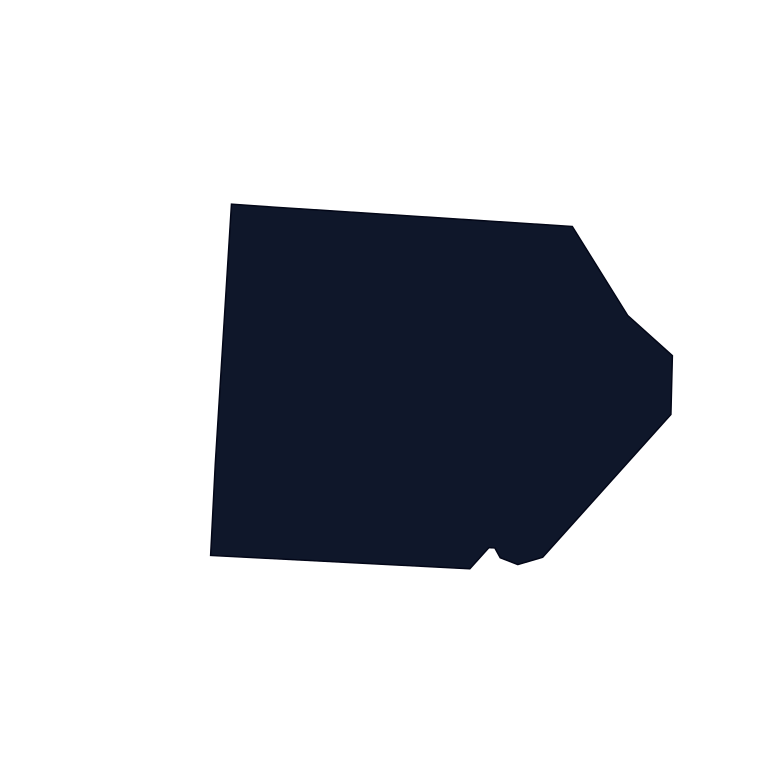 Lavaca, Texas, United States of America (Albers equal-area conic projection), rotated 133°
{"feature_id": "52423323B4330471688052", "entity_name": "Lavaca", "entity_type": "district", "adm_level": 2, "iso_a3": "USA", "parent_name": "United States of America", "parent_adm1": "Texas", "projection": "albers", "projection_center": [-96.939, 29.348], "detail": "fine", "context": "isolated", "style": "filled", "palette": "ink", "viewbox_px": 768, "rotation_deg": 133, "n_neighbors": 0, "source": "geoboundaries", "source_scale": "gbopen_adm2", "svg_char_len": 351}
<svg xmlns="http://www.w3.org/2000/svg" viewBox="0 0 768 768"><g transform="rotate(133 384 384)"><path d="M210.6,153.4L166.6,192.4L167.7,252.5L140.4,353.7L329.4,584.7L356.5,618.2L557.5,452.9L627.6,393.9L460.6,195.2L432.2,195.7L428.3,191.2L431.8,180.5L424.8,163.0L402.5,149.8L210.6,153.4Z" fill="#0f172a" stroke="#020617" stroke-width="1.5"/></g></svg>